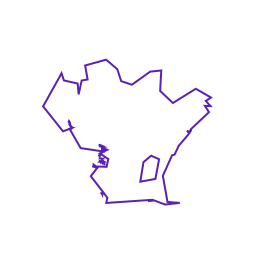 Panamá, Panama (Robinson projection), rotated 306°
{"feature_id": "35544464B75623018343213", "entity_name": "Panamá", "entity_type": "district", "adm_level": 2, "iso_a3": "PAN", "parent_name": "Panama", "parent_adm1": "", "projection": "robinson", "projection_center": [-79.506, 9.204], "detail": "medium", "context": "isolated", "style": "outline", "palette": "violet", "viewbox_px": 256, "rotation_deg": 306, "n_neighbors": 0, "source": "geoboundaries", "source_scale": "gbopen_adm2", "svg_char_len": 1835}
<svg xmlns="http://www.w3.org/2000/svg" viewBox="0 0 256 256"><g transform="rotate(306 128 128)"><path d="M169.3,84.7L170.4,70.1L153.4,56.6L143.5,66.8L139.2,62.6L126.2,68.3L134.4,61.1L128.8,48.2L133.2,42.1L95.6,46.6L87.1,77.4L95.5,82.8L95.0,81.7L96.5,78.5L96.8,78.3L97.2,78.8L98.0,78.2L97.9,76.7L98.3,76.2L98.9,76.1L98.0,78.2L97.3,78.8L96.6,78.5L95.6,82.9L92.5,82.3L83.9,101.5L94.4,121.7L95.1,119.8L96.5,118.8L98.2,119.9L97.0,117.6L97.5,116.8L96.7,116.1L97.3,114.9L97.7,115.0L98.8,119.4L97.7,120.3L96.5,119.2L95.3,120.7L97.8,122.3L98.2,124.1L90.9,120.2L91.3,130.3L84.0,133.5L76.0,121.6L77.7,126.6L67.2,126.2L59.5,152.2L54.6,154.5L84.3,190.0L87.9,203.0L97.8,213.9L91.4,203.4L109.8,184.3L131.8,179.7L133.9,181.3L143.5,179.5L157.8,180.6L162.7,180.5L163.9,180.0L161.8,180.4L160.7,180.0L160.1,179.2L160.4,177.4L161.3,180.0L164.1,179.6L188.4,184.2L191.1,177.2L194.2,181.9L195.6,175.0L201.4,177.2L199.6,159.8L174.6,149.6L176.9,132.2L194.1,121.1L186.6,112.8L165.3,105.7L161.9,95.0L169.3,84.7ZM109.4,160.6L119.2,163.0L121.0,171.5L102.9,180.1L91.8,169.5L109.4,160.6ZM84.0,189.9L80.6,187.3L84.3,191.3L84.0,189.9ZM85.8,126.4L85.3,127.4L86.4,128.0L85.8,126.4ZM60.6,145.3L59.7,144.9L59.7,145.8L60.6,145.3ZM84.7,125.1L84.0,124.9L84.4,125.6L84.7,125.1ZM87.2,123.0L87.2,122.1L86.9,122.8L87.2,123.0ZM78.2,121.7L77.7,122.1L78.2,122.5L78.2,121.7ZM85.0,126.4L84.8,125.3L84.2,126.4L85.0,126.4ZM59.0,146.4L59.7,146.0L59.5,145.5L59.0,146.4ZM89.1,121.6L88.6,121.3L88.5,121.6L89.1,121.6ZM87.9,125.5L87.5,125.1L87.5,125.4L87.9,125.5ZM85.4,128.9L85.1,128.2L84.7,128.5L85.4,128.9ZM92.9,120.9L92.3,120.6L92.8,121.0L92.9,120.9ZM89.2,120.9L88.8,120.6L88.3,120.8L89.2,120.9ZM84.2,130.9L84.6,130.6L84.6,130.4L84.2,130.9ZM88.1,126.3L88.4,126.0L88.3,125.8L88.1,126.3ZM86.0,126.7L86.3,126.7L86.1,126.5L86.0,126.7Z" fill="none" stroke="#5b21b6" stroke-width="2"/></g></svg>